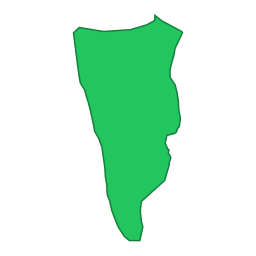 the district of Anambra West, Anambra, Nigeria
{"feature_id": "59680162B97377368460903", "entity_name": "Anambra West", "entity_type": "district", "adm_level": 2, "iso_a3": "NGA", "parent_name": "Nigeria", "parent_adm1": "Anambra", "projection": "albers", "projection_center": [6.767, 6.387], "detail": "fine", "context": "isolated", "style": "filled", "palette": "green", "viewbox_px": 256, "rotation_deg": 0, "n_neighbors": 0, "source": "geoboundaries", "source_scale": "gbopen_adm2", "svg_char_len": 1059}
<svg xmlns="http://www.w3.org/2000/svg" viewBox="0 0 256 256"><path d="M73.5,32.9L75.6,49.5L77.5,64.5L79.0,75.4L80.3,82.9L81.1,84.3L84.6,89.9L86.6,97.2L88.5,103.0L90.4,110.7L91.8,116.8L91.9,117.3L92.0,117.8L93.0,122.5L93.5,124.6L94.6,131.2L98.8,138.5L101.5,146.1L101.9,147.0L102.5,151.4L103.0,155.1L104.2,162.8L105.0,169.8L105.4,176.8L106.5,183.3L107.0,186.4L106.9,191.0L107.6,196.0L109.2,199.2L111.9,210.7L112.8,213.2L114.6,218.1L116.3,222.1L118.4,227.3L120.3,230.2L123.1,234.5L124.5,236.6L129.4,240.6L139.8,240.6L142.4,228.9L142.8,226.8L141.3,220.9L140.3,210.8L141.4,201.4L164.7,180.4L169.2,164.9L169.0,163.6L170.0,160.3L170.8,157.9L169.8,155.2L168.3,153.4L168.6,151.5L169.0,150.1L167.6,148.5L165.1,143.5L166.9,135.4L174.5,133.5L176.4,132.0L177.6,128.5L179.3,126.5L180.4,118.3L178.7,109.3L178.4,101.6L177.1,92.9L175.2,85.1L170.1,77.3L170.0,71.2L171.0,65.3L174.1,54.4L175.0,48.5L182.5,32.7L182.4,32.4L181.5,31.4L161.9,20.9L154.9,15.4L154.7,20.5L146.5,24.9L130.3,29.7L103.5,31.5L79.3,27.5L73.5,32.9Z" fill="#22c55e" stroke="#15803d" stroke-width="1.5"/></svg>